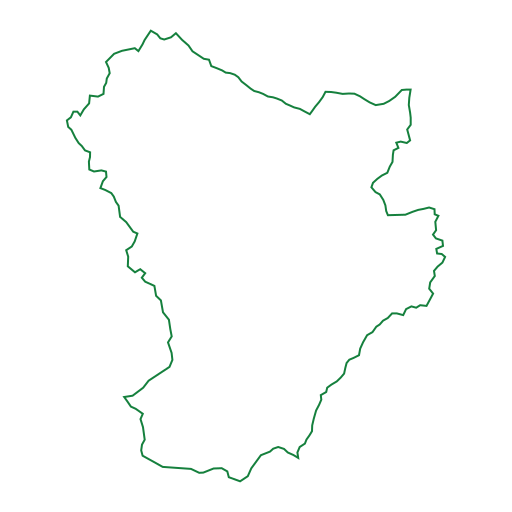 the district of Vila Nova do Sul, Rio Grande do Sul, Brazil
{"feature_id": "56859067B59738073303850", "entity_name": "Vila Nova do Sul", "entity_type": "district", "adm_level": 2, "iso_a3": "BRA", "parent_name": "Brazil", "parent_adm1": "Rio Grande do Sul", "projection": "albers", "projection_center": [-53.869, -30.353], "detail": "fine", "context": "isolated", "style": "outline", "palette": "green", "viewbox_px": 512, "rotation_deg": 0, "n_neighbors": 0, "source": "geoboundaries", "source_scale": "gbopen_adm2", "svg_char_len": 3038}
<svg xmlns="http://www.w3.org/2000/svg" viewBox="0 0 512 512"><path d="M298.2,457.9L297.4,452.5L299.7,447.0L304.9,443.6L306.5,439.5L309.3,435.6L312.0,431.2L312.2,425.4L313.8,418.6L316.1,410.5L319.1,404.8L321.3,399.7L320.8,395.1L326.2,392.0L327.2,387.7L331.4,384.6L336.8,381.4L340.8,377.5L344.1,373.6L345.4,367.6L346.6,363.0L349.3,359.7L353.4,358.0L359.0,355.2L360.2,348.6L363.1,342.2L367.1,335.2L372.5,332.1L376.3,326.7L379.7,324.5L383.0,320.7L387.8,318.0L392.1,313.4L396.8,313.4L403.2,315.1L406.1,309.1L411.4,306.4L416.2,307.7L420.2,305.2L426.5,305.9L430.0,299.4L433.1,293.6L429.2,288.7L430.2,282.4L434.8,276.0L434.0,270.9L437.6,266.6L442.4,262.6L445.1,256.9L441.7,254.0L437.1,253.5L436.3,248.9L443.0,245.9L442.4,240.6L435.9,238.4L433.0,234.6L436.1,230.2L435.3,221.8L438.4,215.8L434.7,214.3L434.5,209.2L429.1,207.5L423.5,208.9L418.2,209.9L412.6,211.8L405.4,214.7L387.9,215.2L386.2,211.0L385.4,205.4L383.3,199.9L379.8,194.4L375.5,192.1L371.4,187.3L373.0,182.8L377.4,178.8L381.9,175.5L387.3,172.8L389.8,166.6L392.5,161.9L392.9,154.7L393.6,150.3L398.4,147.9L396.3,142.7L400.7,141.6L406.8,143.0L410.1,140.4L408.6,134.7L407.2,129.5L410.7,124.8L410.7,117.7L410.1,112.6L408.8,105.0L409.3,97.8L410.6,89.6L406.3,89.6L401.8,90.0L395.2,96.8L389.2,101.0L383.7,103.8L375.7,105.1L369.7,102.4L364.1,99.0L360.0,96.3L354.4,93.7L349.1,93.5L342.6,93.9L336.2,92.7L331.1,92.0L325.5,91.8L322.7,97.1L319.0,102.2L315.2,106.7L312.3,110.8L309.8,114.2L304.3,111.3L299.9,108.9L294.1,107.4L289.7,105.4L285.9,103.8L281.8,100.5L276.8,98.5L273.0,97.3L267.9,96.5L263.1,93.9L258.8,92.2L254.2,91.0L250.6,88.6L246.4,85.2L241.6,81.5L238.3,77.2L234.8,74.7L230.1,73.1L225.7,72.6L222.1,70.4L216.8,68.2L211.3,66.1L209.0,59.7L203.8,58.8L199.6,56.0L192.5,51.3L188.5,45.5L182.1,39.9L175.9,33.2L171.0,37.3L164.2,39.5L160.3,38.3L157.2,34.4L150.8,30.7L144.6,40.0L142.5,44.4L138.4,51.1L134.8,48.2L122.0,50.8L114.1,53.8L106.0,62.0L108.7,67.8L109.7,73.2L106.8,78.5L106.2,82.9L104.0,86.8L103.5,93.9L98.0,96.6L89.9,95.6L89.1,103.4L83.8,109.4L80.3,115.4L77.4,111.7L73.4,111.7L70.9,117.3L66.9,120.4L68.2,126.9L71.4,129.8L75.3,137.8L78.7,143.1L81.8,146.0L85.0,150.4L90.1,152.3L90.0,157.1L88.9,161.6L89.3,169.5L94.0,171.5L101.4,170.4L106.0,171.6L106.5,177.0L102.9,181.2L100.4,188.1L105.3,190.0L111.3,193.1L113.8,196.6L115.9,201.9L118.6,205.7L120.1,216.9L126.2,222.1L133.2,231.7L137.4,233.5L134.7,241.4L131.8,246.5L126.2,250.2L128.2,256.7L127.8,266.3L135.0,272.3L140.2,269.2L145.2,273.2L141.8,277.7L145.2,281.7L154.4,285.9L156.1,295.8L160.9,300.4L163.0,312.3L168.9,319.7L170.3,329.1L171.7,336.4L168.0,342.4L171.6,352.9L172.4,359.9L169.5,366.9L148.6,380.7L143.2,387.7L132.6,395.7L124.2,397.0L127.5,401.6L130.9,406.6L135.7,408.8L142.8,413.8L140.5,419.1L143.0,427.2L144.7,439.7L142.0,444.6L141.2,450.4L142.6,455.7L162.7,466.9L191.0,468.9L199.2,472.8L203.3,472.6L213.6,468.5L221.7,468.2L227.3,471.4L228.8,477.2L240.1,481.3L247.8,476.2L251.3,468.3L260.9,455.2L270.0,451.6L273.2,448.7L278.2,447.0L284.0,448.9L287.8,452.5L293.4,455.0L298.2,457.9Z" fill="none" stroke="#15803d" stroke-width="2"/></svg>